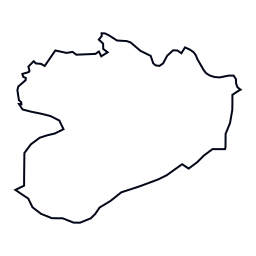 Unchon, Hwanghae-namdo, North Korea
{"feature_id": "82179303B30475034164158", "entity_name": "Unchon", "entity_type": "district", "adm_level": 2, "iso_a3": "PRK", "parent_name": "North Korea", "parent_adm1": "Hwanghae-namdo", "projection": "robinson", "projection_center": [125.456, 38.592], "detail": "fine", "context": "isolated", "style": "outline", "palette": "ink", "viewbox_px": 256, "rotation_deg": 0, "n_neighbors": 0, "source": "geoboundaries", "source_scale": "gbopen_adm2", "svg_char_len": 1368}
<svg xmlns="http://www.w3.org/2000/svg" viewBox="0 0 256 256"><path d="M225.1,149.1L225.5,147.0L225.6,133.9L230.0,123.1L232.3,110.0L232.4,101.4L232.4,94.8L239.0,90.5L240.6,89.7L237.5,87.3L236.2,83.8L236.1,83.5L235.9,79.0L233.6,75.6L232.6,75.6L228.7,75.6L219.8,77.4L214.5,77.0L209.5,75.4L205.8,72.9L203.4,69.6L197.3,59.0L195.9,55.4L193.5,52.1L189.8,49.6L185.0,47.4L183.1,50.5L181.8,52.5L181.4,53.2L177.4,50.5L173.1,50.3L167.2,55.7L163.1,63.4L159.4,65.9L155.7,65.4L153.2,63.3L150.7,55.9L140.4,50.8L130.7,42.5L126.8,41.1L117.0,40.5L108.7,35.2L104.9,33.4L101.6,33.3L101.7,36.1L98.8,39.6L103.1,43.6L103.2,48.9L107.6,52.3L101.3,56.3L98.9,51.5L95.4,53.9L76.3,54.7L72.6,51.9L66.6,52.9L55.3,50.5L44.7,66.0L41.2,63.9L35.8,63.4L33.7,61.2L28.4,66.6L29.5,70.9L28.7,72.1L22.4,73.9L23.1,76.7L25.8,78.0L25.6,80.2L18.3,86.5L17.4,90.2L18.9,100.1L21.2,102.3L21.4,104.2L19.0,104.0L22.6,109.5L31.2,111.7L42.0,113.9L50.6,116.1L59.3,120.5L63.5,129.2L54.8,133.5L46.1,135.6L39.6,137.8L30.9,144.3L24.4,153.0L24.3,161.7L24.2,168.2L24.1,181.2L24.1,185.6L15.4,189.9L21.8,194.3L28.3,198.6L30.4,203.0L32.5,207.3L41.1,213.9L51.9,218.2L62.7,218.3L73.5,222.6L80.0,222.7L90.8,218.3L95.2,214.0L99.6,207.5L110.4,201.0L121.3,192.3L127.8,190.2L140.8,185.9L158.2,179.4L166.9,175.1L182.1,164.2L188.6,168.6L197.3,162.1L203.8,155.6L212.5,149.1L225.1,149.1Z" fill="none" stroke="#020617" stroke-width="2"/></svg>